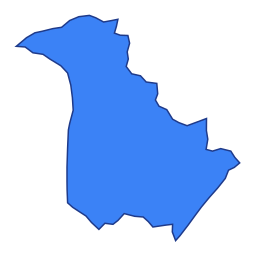 Lauro de Freitas, Bahia, Brazil (Albers equal-area conic projection)
{"feature_id": "56859067B96940053875939", "entity_name": "Lauro de Freitas", "entity_type": "district", "adm_level": 2, "iso_a3": "BRA", "parent_name": "Brazil", "parent_adm1": "Bahia", "projection": "albers", "projection_center": [-38.327, -12.86], "detail": "fine", "context": "isolated", "style": "filled", "palette": "blue", "viewbox_px": 256, "rotation_deg": 0, "n_neighbors": 0, "source": "geoboundaries", "source_scale": "gbopen_adm2", "svg_char_len": 1097}
<svg xmlns="http://www.w3.org/2000/svg" viewBox="0 0 256 256"><path d="M117.9,19.3L111.4,20.6L103.6,22.0L95.8,17.8L89.4,15.4L78.8,16.7L69.7,20.5L61.6,27.3L52.9,28.6L42.0,31.3L34.9,32.8L26.5,37.7L16.3,46.3L25.2,47.0L32.9,52.8L43.0,54.3L50.1,59.2L60.9,65.8L67.6,73.0L70.8,85.1L72.4,97.6L73.2,110.2L69.7,123.4L68.4,129.9L68.0,139.2L67.6,148.0L67.0,167.1L67.0,181.0L67.1,189.7L67.6,202.8L72.8,207.4L78.6,211.2L86.0,216.0L91.5,222.5L98.9,229.4L104.9,223.3L113.0,224.3L117.9,220.5L124.2,213.6L134.7,216.3L143.2,217.0L148.3,221.6L152.9,227.0L165.8,225.1L172.6,224.3L172.3,231.9L175.6,240.6L180.1,235.5L188.1,225.1L195.0,215.6L201.4,207.0L209.5,197.2L217.5,188.2L225.3,178.4L228.5,170.2L234.3,167.4L239.7,162.9L234.8,157.4L230.8,151.1L220.7,148.6L212.5,151.1L206.1,149.4L207.8,139.2L206.4,130.6L206.5,118.5L196.6,122.2L187.1,125.7L178.8,122.6L172.6,119.2L166.8,109.7L159.0,106.2L155.4,100.0L157.7,93.8L156.8,83.4L146.2,82.0L140.5,75.8L131.7,73.8L126.2,66.5L128.3,59.0L127.2,51.9L129.6,43.2L127.9,35.5L120.2,35.2L114.4,33.1L116.4,26.4L117.9,19.3Z" fill="#3b82f6" stroke="#1e3a8a" stroke-width="1.5"/></svg>